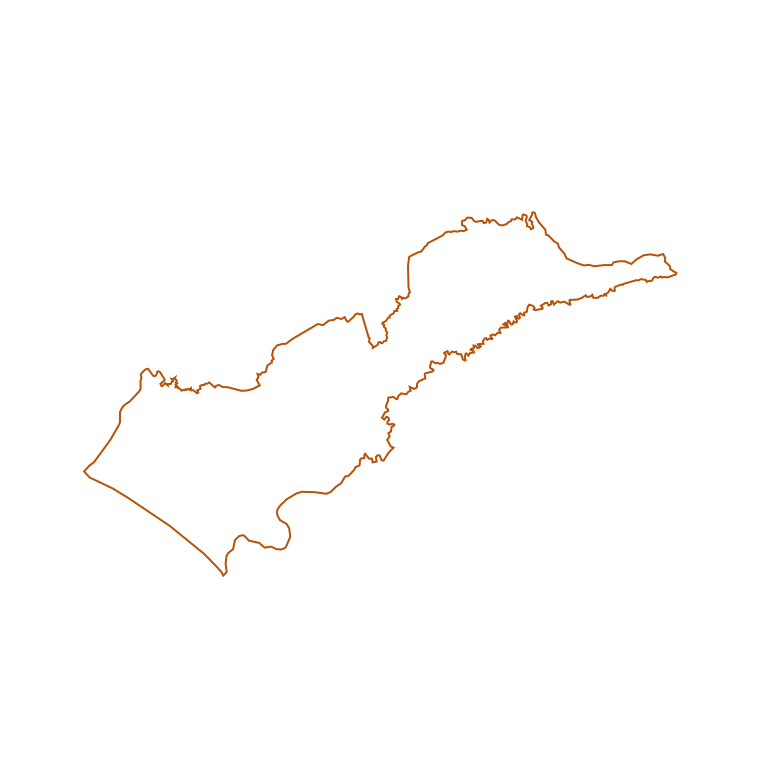 Gio Linh, Quảng Trị, Vietnam, rotated 162°
{"feature_id": "81297802B57271723433997", "entity_name": "Gio Linh", "entity_type": "district", "adm_level": 2, "iso_a3": "VNM", "parent_name": "Vietnam", "parent_adm1": "Quảng Trị", "projection": "albers", "projection_center": [106.934, 16.913], "detail": "fine", "context": "isolated", "style": "outline", "palette": "amber", "viewbox_px": 768, "rotation_deg": 162, "n_neighbors": 0, "source": "geoboundaries", "source_scale": "gbopen_adm2", "svg_char_len": 6147}
<svg xmlns="http://www.w3.org/2000/svg" viewBox="0 0 768 768"><g transform="rotate(162 384 384)"><path d="M585.3,451.7L586.8,449.9L589.9,450.9L590.1,449.5L592.0,452.5L595.3,450.5L596.3,450.9L596.6,453.2L591.6,455.4L591.2,456.2L593.3,464.4L594.6,465.8L596.0,465.6L598.0,462.6L599.8,462.3L601.0,463.2L603.7,471.3L605.5,471.7L608.0,470.9L612.2,468.6L612.8,464.8L614.6,462.2L616.9,454.9L618.7,452.9L631.4,445.9L637.4,444.2L640.4,442.4L643.8,438.8L646.9,429.3L648.4,427.3L661.7,415.3L684.0,399.2L689.4,397.4L696.3,393.5L692.9,386.1L674.3,368.5L662.6,354.8L631.5,315.1L607.6,278.1L599.2,261.1L596.6,254.9L596.1,251.5L591.8,253.7L590.0,262.6L586.9,269.0L584.6,271.3L578.5,273.6L574.0,281.6L569.1,284.0L565.6,284.0L563.8,282.9L560.8,276.7L551.9,271.5L548.1,265.3L541.7,264.2L537.5,260.4L533.5,258.5L529.4,258.5L527.4,259.5L520.3,267.8L518.8,275.9L519.8,280.8L525.0,286.7L525.9,291.3L525.6,295.1L523.6,298.1L519.2,301.1L511.7,304.6L500.9,307.0L495.6,306.9L483.7,302.7L473.0,297.5L468.2,297.7L461.5,301.1L455.4,302.9L449.6,308.0L445.9,307.7L438.9,311.5L436.7,313.8L432.4,314.1L430.1,319.5L428.7,320.3L425.7,319.6L424.6,322.5L423.5,323.4L421.3,317.6L418.4,316.7L419.1,313.0L415.0,312.6L414.2,317.2L411.9,318.2L410.2,317.3L409.9,312.4L408.8,311.4L407.7,311.6L401.0,317.2L394.6,320.5L396.9,322.6L398.2,329.9L394.8,332.4L395.0,335.8L392.0,336.7L390.0,340.9L387.1,341.4L386.7,342.2L387.8,343.4L391.8,344.0L393.0,345.3L392.5,346.9L390.4,348.1L390.1,350.3L390.7,351.2L392.0,352.0L394.7,350.1L396.3,352.5L392.0,356.6L388.4,357.1L387.9,358.4L389.2,360.5L389.1,362.3L385.6,366.5L384.1,369.7L379.0,368.8L377.4,366.3L376.1,365.5L374.1,368.1L370.6,369.8L366.1,367.3L363.2,369.1L360.7,369.3L360.4,373.3L357.0,370.1L355.0,370.1L353.5,371.1L352.6,373.8L350.0,375.8L342.9,376.6L342.3,380.7L341.5,381.4L334.0,380.9L332.7,381.6L332.7,382.6L334.8,384.3L335.0,386.1L332.1,390.7L330.9,390.6L328.6,387.7L326.7,387.7L324.5,385.8L321.0,385.8L317.0,390.6L316.2,392.4L317.3,394.8L316.2,395.3L313.4,395.6L313.5,392.8L312.8,391.9L309.4,393.8L307.2,392.4L305.4,392.4L305.1,390.0L301.4,388.4L301.4,383.1L300.1,381.5L299.1,381.3L298.8,384.8L296.9,387.7L296.3,387.7L295.0,384.9L293.0,386.8L288.6,386.2L288.8,388.3L291.1,389.6L290.5,390.4L287.2,390.5L287.0,392.9L285.3,392.2L284.2,389.5L282.0,389.0L280.4,390.0L282.4,391.5L282.4,392.8L276.9,391.5L276.9,393.9L274.3,396.1L272.7,396.2L272.2,394.1L270.2,394.7L267.4,393.2L266.9,393.8L267.9,395.6L267.8,397.1L265.2,397.5L263.3,396.0L260.0,397.6L257.5,396.6L257.7,399.9L255.7,401.5L248.6,399.6L248.4,400.4L252.0,403.9L249.6,404.7L248.3,402.7L246.5,405.9L245.7,405.4L244.7,401.3L243.0,401.2L241.4,403.4L240.5,402.1L238.8,401.8L238.1,402.8L238.7,407.6L236.6,407.5L236.7,405.0L235.0,404.4L234.2,405.2L234.1,408.5L232.6,409.2L230.1,406.1L229.3,405.9L228.7,408.5L225.8,408.6L223.7,412.7L221.4,414.6L218.0,412.1L217.3,409.9L218.6,408.8L217.6,407.5L210.0,406.6L209.5,407.6L210.7,409.9L205.2,411.3L203.6,410.5L203.3,408.0L201.6,407.8L200.3,408.4L199.7,410.8L198.6,411.0L198.0,410.7L197.9,407.1L193.2,409.1L191.3,407.0L187.1,406.6L182.9,401.9L182.0,402.3L182.0,405.8L181.3,406.6L174.2,404.6L169.5,404.7L164.7,406.0L163.9,404.0L160.4,403.5L158.3,404.4L158.3,401.3L154.1,399.9L150.9,401.0L147.9,400.1L146.5,401.4L145.3,399.6L144.7,401.1L142.2,402.0L139.4,404.6L138.0,402.0L135.8,401.3L134.9,404.4L134.0,405.0L127.7,405.3L126.2,404.5L125.1,405.2L112.2,404.8L110.0,403.9L107.4,404.4L102.9,402.1L102.4,399.9L101.1,400.3L98.4,399.4L96.8,399.8L94.7,401.9L92.9,402.1L90.8,400.5L87.3,400.7L86.7,399.4L84.2,399.1L81.5,397.8L72.6,398.0L71.7,399.3L76.3,404.6L75.6,407.7L79.0,413.7L77.6,417.1L78.3,421.3L83.9,421.4L90.7,425.0L97.3,426.2L105.8,424.4L111.5,421.7L117.2,426.4L122.7,428.1L127.9,428.8L130.6,426.7L137.2,428.9L147.5,431.0L152.4,434.0L157.3,435.0L162.1,438.6L171.6,447.1L172.1,452.0L175.4,459.8L175.3,463.9L178.0,466.9L182.0,474.8L183.8,475.9L182.9,480.9L186.7,490.0L187.9,495.8L187.6,499.8L188.8,501.2L190.1,501.1L190.8,499.3L195.1,495.3L195.2,494.6L193.9,494.0L192.9,492.1L194.0,490.8L193.3,487.1L194.2,486.0L196.5,485.9L196.8,488.0L199.2,489.9L198.5,491.5L198.8,495.5L196.8,498.2L196.4,500.1L199.2,502.3L200.1,501.7L201.8,497.5L206.0,501.4L208.5,500.0L211.8,501.2L213.0,499.6L215.4,499.5L218.1,498.2L222.1,498.1L225.4,499.9L227.9,504.8L229.5,506.3L231.5,506.2L233.8,505.0L233.7,507.8L234.8,509.2L236.9,506.1L239.4,506.2L239.9,508.8L246.7,509.9L248.0,511.3L249.3,514.9L253.4,516.5L256.6,514.7L259.1,515.0L259.9,513.9L260.6,510.8L258.6,509.4L257.6,505.2L260.9,504.8L264.3,506.3L266.3,506.0L271.2,508.0L273.1,507.7L275.4,509.0L278.5,509.2L282.3,507.2L298.8,504.4L300.4,502.6L302.2,502.3L307.6,498.5L310.8,498.7L320.7,497.2L324.7,488.9L330.8,468.4L331.0,463.4L332.3,462.8L333.8,459.8L335.4,459.3L337.7,459.0L339.1,460.1L340.6,459.3L340.9,461.5L342.6,462.8L344.3,460.5L346.3,461.1L346.6,458.4L344.4,455.7L344.2,454.5L346.4,453.8L347.1,451.7L348.9,451.3L348.9,449.5L351.6,450.2L353.1,448.2L357.4,447.3L358.1,445.5L359.4,445.9L362.5,443.4L366.7,442.6L366.9,441.6L365.6,440.3L366.5,438.5L365.2,436.2L365.8,434.2L365.0,431.7L366.6,429.8L366.7,427.1L368.6,424.5L371.0,424.6L372.8,423.5L374.3,423.8L374.9,425.3L376.6,425.2L377.8,423.3L383.6,421.8L383.0,424.0L385.2,428.7L383.5,432.1L384.2,432.6L383.5,457.5L384.9,457.4L387.5,459.3L390.3,458.8L391.8,457.4L398.9,454.3L400.0,455.2L400.7,459.7L404.3,459.0L408.5,461.5L411.7,460.5L417.2,461.3L423.7,458.8L428.4,461.5L456.5,455.3L465.0,452.5L468.0,453.5L473.8,453.7L478.9,450.6L481.6,445.8L481.1,441.9L483.7,440.9L483.9,439.1L489.1,437.7L492.8,432.0L496.8,432.5L498.9,431.0L501.2,432.6L501.3,429.3L503.8,427.2L502.6,421.1L510.0,419.8L516.7,420.2L521.7,421.6L533.4,429.1L538.4,431.0L541.1,434.0L544.1,434.2L545.9,433.0L549.8,439.5L552.2,438.9L554.1,439.5L555.3,438.6L557.6,439.3L559.6,438.9L560.0,436.1L563.4,435.7L563.3,433.1L564.7,433.0L567.3,437.0L569.3,437.5L568.9,439.7L570.9,438.7L571.3,439.8L573.6,439.4L574.1,440.4L575.7,439.7L577.2,440.6L578.6,440.2L579.9,443.1L581.0,443.6L580.9,444.6L583.3,445.3L582.7,446.6L581.8,446.6L582.2,447.9L580.7,448.4L581.5,449.6L580.6,449.9L580.1,451.8L581.5,453.4L580.5,454.8L583.2,453.9L584.4,454.6L583.7,451.9L585.3,451.7Z" fill="none" stroke="#b45309" stroke-width="2"/></g></svg>